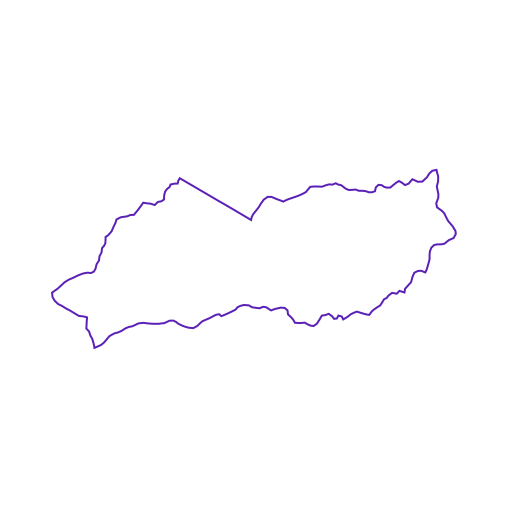 the district of Birigui, São Paulo, Brazil, rotated 63°
{"feature_id": "56859067B14690438145522", "entity_name": "Birigui", "entity_type": "district", "adm_level": 2, "iso_a3": "BRA", "parent_name": "Brazil", "parent_adm1": "São Paulo", "projection": "albers", "projection_center": [-50.348, -21.264], "detail": "fine", "context": "isolated", "style": "outline", "palette": "violet", "viewbox_px": 512, "rotation_deg": 63, "n_neighbors": 0, "source": "geoboundaries", "source_scale": "gbopen_adm2", "svg_char_len": 3286}
<svg xmlns="http://www.w3.org/2000/svg" viewBox="0 0 512 512"><g transform="rotate(63 256 256)"><path d="M153.5,299.7L155.3,301.7L155.9,304.8L157.4,307.8L160.3,310.3L163.9,312.3L164.3,315.4L163.3,318.9L164.6,323.1L161.5,326.2L159.6,329.2L157.3,332.3L159.6,336.6L161.9,341.4L163.9,346.1L162.4,349.4L162.2,352.7L161.3,355.3L160.1,358.9L160.1,363.7L162.5,366.0L165.1,369.4L168.4,373.4L170.3,378.0L170.8,381.4L173.8,383.0L176.3,384.5L178.0,386.9L179.1,389.6L182.8,392.1L185.1,395.5L188.7,397.9L191.0,401.8L194.5,404.8L196.3,407.5L196.3,410.6L194.2,414.1L193.0,418.4L192.5,423.5L192.4,428.9L192.1,433.7L192.5,438.5L193.7,442.6L195.1,447.8L195.5,450.7L196.1,454.4L200.2,455.9L204.4,455.7L208.8,454.2L212.5,451.5L216.8,448.9L219.8,446.7L222.1,445.3L225.5,443.2L229.1,440.9L231.6,437.0L234.0,434.4L236.7,436.1L240.0,438.0L243.6,440.1L247.5,439.0L251.6,439.7L255.5,439.5L258.6,440.1L261.9,440.8L264.5,441.7L264.8,437.3L264.9,434.3L264.1,430.7L262.4,426.6L260.9,423.2L260.7,420.2L260.7,417.0L261.4,414.1L261.7,410.2L261.2,405.0L261.5,401.5L262.5,397.9L262.7,391.3L264.5,386.5L266.7,383.4L268.3,380.8L270.1,377.7L272.1,373.8L274.2,368.1L274.4,362.4L276.0,359.0L278.5,357.1L281.1,356.0L284.0,353.8L286.5,351.6L289.3,348.6L291.8,344.6L291.7,340.1L290.8,337.3L289.8,333.6L290.0,329.8L290.3,325.5L290.2,322.3L290.2,318.5L291.1,315.3L293.9,314.1L294.3,308.9L294.5,303.0L294.5,298.6L293.3,295.8L293.3,292.9L294.1,289.1L296.8,284.7L299.8,282.9L302.2,279.5L304.2,276.6L304.5,272.7L306.4,270.1L308.9,268.7L311.3,267.3L311.8,263.3L313.2,257.5L315.3,254.0L318.7,252.6L322.6,254.0L326.2,252.6L329.3,251.8L333.2,251.6L335.6,247.5L337.6,242.7L340.1,241.2L342.7,239.1L344.5,236.5L344.0,232.5L341.2,227.8L339.0,224.4L340.1,221.1L340.5,217.5L344.0,215.6L347.5,214.9L348.4,212.3L346.5,209.6L348.9,207.0L352.1,207.1L351.8,202.3L350.9,197.8L351.0,194.3L351.4,191.3L353.6,189.1L355.7,186.9L358.1,184.3L359.9,181.8L357.8,177.7L357.1,174.4L356.7,171.2L356.4,167.7L354.3,164.1L352.7,161.6L352.7,158.6L351.4,155.9L350.6,151.5L353.5,147.7L352.2,144.0L355.9,140.3L352.9,138.1L351.3,133.9L349.7,129.7L345.9,126.3L342.8,122.6L342.8,118.8L344.0,115.7L347.5,112.6L345.5,110.0L340.6,105.4L337.8,102.9L333.7,100.8L330.8,98.9L328.2,96.0L327.1,92.4L327.8,89.5L329.7,85.7L330.6,82.6L329.4,77.0L329.7,71.8L327.1,68.0L324.2,66.9L318.8,67.3L312.0,68.9L308.1,69.0L303.4,68.9L300.3,69.8L294.8,72.6L290.9,71.5L286.9,67.2L283.9,65.5L276.1,63.3L272.1,59.8L267.7,57.5L264.5,56.9L261.2,56.1L260.1,60.3L261.2,64.2L263.5,68.0L265.2,74.0L263.4,78.0L258.6,81.8L260.8,87.2L260.5,91.0L256.8,92.8L254.1,94.6L254.3,97.5L255.1,101.5L256.0,105.2L254.5,108.4L252.5,110.5L250.0,111.8L248.2,114.6L249.3,118.1L252.3,120.6L251.9,123.6L250.5,126.5L248.2,128.6L246.3,131.4L244.7,134.6L242.0,137.1L240.6,140.6L239.3,143.4L236.6,145.6L231.8,147.8L229.6,150.4L227.4,151.9L227.1,155.5L225.4,158.3L224.7,161.5L224.2,165.8L222.6,168.6L220.6,172.3L219.0,176.3L220.1,178.9L221.7,182.6L221.8,186.5L221.6,190.3L221.1,194.4L220.3,199.8L219.9,203.4L219.9,207.0L217.8,208.8L215.6,210.9L213.2,213.0L210.5,215.2L208.6,218.7L209.3,223.5L211.7,228.1L213.8,231.5L215.4,234.9L217.3,239.2L219.3,242.1L221.7,244.0L203.4,255.6L201.1,257.1L198.1,259.0L189.7,264.5L152.1,288.6L153.6,291.0L155.9,292.9L154.6,295.5L153.5,299.7Z" fill="none" stroke="#5b21b6" stroke-width="2"/></g></svg>